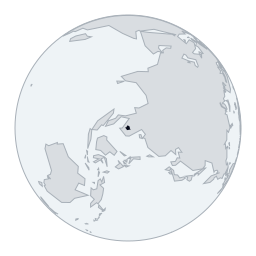 Kâmpóng Thum on an orthographic globe, rotated 90°
{"feature_id": "KHM-1788", "entity_name": "Kâmpóng Thum", "entity_type": "Province", "adm_level": 1, "iso_a3": "KHM", "parent_name": "Cambodia", "parent_adm1": "", "projection": "orthographic", "projection_center": [105.072, 12.831], "detail": "fine", "context": "on_globe", "style": "filled", "palette": "ink", "viewbox_px": 256, "rotation_deg": 90, "n_neighbors": 0, "source": "natural_earth", "source_scale": "10m", "svg_char_len": 9692}
<svg xmlns="http://www.w3.org/2000/svg" viewBox="0 0 256 256"><g transform="rotate(90 128 128)"><circle cx="128" cy="128" r="113" fill="#eef3f6" stroke="#a8b0b8"/><path d="M232.5,164.6L232.3,165.4L232.3,165.5L232.5,164.6ZM179.8,28.0L180.2,28.3L184.2,30.8L180.4,28.7L190.6,35.4L193.6,38.7L187.9,33.6L185.6,32.2L186.5,33.5L184.3,32.4L183.5,32.5L180.7,31.1L177.7,28.7L175.9,27.9L176.6,28.9L174.3,28.5L173.5,27.0L169.5,26.2L163.6,22.8L163.7,21.3L158.1,19.5L157.5,19.3L165.1,21.7L172.6,24.6L179.8,28.0ZM232.0,84.8L232.0,84.7L231.9,84.5L232.0,84.8ZM187.6,33.0L186.9,32.3L188.3,33.4L187.6,33.0ZM183.8,32.8L184.7,33.4L183.9,33.2L183.8,32.8ZM179.0,31.1L177.4,30.8L178.5,30.6L179.0,31.1ZM176.1,30.3L172.3,30.0L174.0,31.2L167.0,27.8L172.6,29.0L173.7,28.6L174.4,29.5L176.1,30.3ZM163.8,26.2L162.4,25.9L163.3,25.7L163.8,26.2ZM155.4,18.8L155.2,18.7L151.9,18.0L151.4,17.9L148.8,17.3L151.7,17.9L155.4,18.8ZM146.7,16.9L145.3,16.7L147.5,17.1L145.1,16.8L143.9,16.5L143.4,16.5L142.6,16.4L146.7,16.9ZM137.1,15.7L137.3,15.8L136.2,15.7L137.1,15.7ZM140.3,16.0L138.3,15.8L138.6,15.9L140.3,16.0ZM143.9,16.7L147.9,17.3L148.1,17.4L143.9,16.7ZM136.1,15.7L136.7,15.7L135.8,15.6L136.1,15.7ZM141.4,16.3L142.8,16.5L141.4,16.3ZM136.7,15.8L136.0,15.7L137.0,15.8L136.7,15.8ZM138.8,16.0L138.6,16.1L137.9,15.9L139.4,16.1L138.8,16.0ZM141.3,16.3L141.8,16.4L140.7,16.3L141.3,16.3ZM133.1,15.8L131.9,15.5L134.3,15.6L135.1,15.8L133.1,15.8ZM39.0,58.9L38.9,59.4L38.1,60.7L34.7,65.2L31.0,74.2L34.0,70.8L34.1,76.8L36.5,78.4L43.7,69.7L39.8,66.8L42.7,61.9L48.6,60.4L52.5,63.5L53.8,61.8L54.3,56.5L58.2,54.3L54.8,54.5L53.9,56.6L51.8,57.0L52.4,55.2L53.8,54.3L53.5,52.9L47.1,57.7L45.5,60.3L42.8,59.5L39.9,64.0L38.1,65.4L42.3,58.5L44.2,56.4L49.4,48.8L47.2,50.8L42.1,58.3L42.3,57.4L39.2,60.8L41.8,57.4L47.9,49.3L47.5,49.2L47.3,49.5L58.2,39.6L57.9,39.9L61.5,37.5L61.5,37.9L67.2,34.2L68.0,34.1L64.4,36.2L62.0,38.1L62.7,39.8L64.1,39.4L67.7,37.0L67.5,38.0L70.9,35.5L73.4,35.9L73.2,33.5L77.5,31.2L81.4,30.3L82.7,29.2L76.5,30.9L74.0,32.1L71.9,33.6L65.2,37.0L64.0,37.1L71.0,32.4L70.1,32.1L75.9,29.0L89.2,25.5L92.6,25.9L89.2,30.8L85.9,31.7L85.5,30.3L82.0,33.5L84.1,32.3L83.9,33.3L87.9,31.8L88.0,32.5L91.8,30.1L92.3,30.8L89.9,32.3L96.3,31.2L98.5,32.5L99.9,32.0L100.8,31.0L103.0,33.6L103.9,33.1L103.6,32.1L105.3,30.5L109.1,28.9L109.6,29.9L108.3,30.6L106.4,33.7L102.8,35.8L103.5,36.0L106.7,34.5L109.0,30.6L111.2,29.4L110.5,31.1L110.9,30.4L112.2,30.1L113.9,30.9L114.8,29.0L127.7,26.0L132.3,27.5L130.3,29.1L139.9,29.2L144.4,31.7L144.0,30.6L148.4,30.4L147.1,29.6L147.2,29.1L157.8,29.1L160.7,30.1L164.9,29.6L164.8,29.1L162.9,28.3L167.0,27.8L174.0,31.2L174.0,32.0L178.4,33.9L177.8,35.7L179.3,38.3L176.2,39.6L177.7,41.8L179.2,42.3L182.4,46.0L183.6,52.4L175.9,44.8L172.7,36.4L173.4,39.4L171.2,38.1L170.2,39.0L170.9,41.4L172.2,42.0L163.0,44.1L160.6,50.8L165.6,50.9L168.8,53.5L170.5,63.1L161.1,75.5L165.3,80.5L165.5,83.6L161.9,85.2L161.4,80.6L157.8,78.8L158.1,76.2L152.1,77.8L152.3,74.1L147.6,77.5L149.4,80.5L154.6,80.2L150.5,85.0L155.8,90.7L156.4,97.2L147.5,108.1L138.4,111.1L137.9,113.2L134.3,110.6L129.5,114.4L136.1,126.8L135.9,130.2L128.2,136.3L128.0,133.7L118.5,126.8L116.7,134.9L123.9,142.3L126.3,150.5L120.8,147.6L118.3,140.4L114.9,137.7L115.9,130.6L113.2,119.7L107.6,121.3L108.0,117.0L103.5,107.9L95.4,109.9L82.7,119.8L80.8,130.5L76.4,134.7L71.4,118.2L71.7,107.7L68.2,108.1L64.4,98.5L53.0,95.5L52.8,92.6L50.4,93.3L47.9,89.8L48.3,85.3L46.1,84.9L45.5,97.0L48.0,97.5L52.2,94.0L51.4,98.1L54.0,102.6L45.8,110.9L31.3,115.6L32.4,107.4L34.3,83.7L35.7,81.6L35.8,81.3L36.0,80.8L33.6,84.2L34.8,79.8L31.0,95.5L29.3,102.0L31.1,116.0L30.3,117.0L31.6,120.2L38.9,119.5L38.4,122.2L33.4,133.4L25.5,147.1L28.0,159.1L29.9,168.6L28.2,173.1L31.6,180.8L31.2,182.5L33.4,186.7L34.9,190.3L36.2,193.2L35.8,192.7L31.4,186.0L27.6,179.0L24.2,171.8L21.4,164.4L19.1,156.8L17.3,149.0L16.1,141.2L15.5,133.2L15.4,125.3L15.9,117.3L16.9,109.4L18.5,101.6L20.6,94.0L23.3,86.5L26.5,79.2L30.2,72.2L34.4,65.4L39.0,58.9ZM54.1,72.1L58.1,74.1L60.7,67.7L62.5,68.1L62.8,65.9L60.9,67.3L62.2,61.7L65.5,60.8L67.3,58.4L66.0,57.7L59.7,60.2L57.9,68.1L55.1,70.0L54.1,72.1ZM64.9,34.7L65.0,34.6L71.9,30.3L72.3,30.2L70.9,30.9L70.4,31.3L68.1,32.6L61.7,37.1L59.5,38.6L59.9,38.3L64.9,34.7ZM89.4,22.2L88.9,22.4L86.4,23.3L89.4,22.2ZM98.4,19.3L97.6,19.5L97.8,19.5L98.4,19.3ZM125.9,15.4L124.5,15.4L127.3,15.4L124.7,15.5L125.7,15.5L124.1,15.9L119.7,16.2L121.2,16.3L120.0,16.7L116.5,17.2L117.6,16.7L112.8,17.7L112.3,17.3L111.8,17.5L110.0,17.5L106.9,17.9L107.1,17.7L105.8,18.0L104.6,18.1L102.9,18.4L102.7,18.3L100.6,18.8L101.8,18.5L98.1,19.4L100.8,18.7L100.1,18.9L108.6,17.0L117.2,15.9L125.9,15.4ZM134.1,15.5L133.6,15.5L133.4,15.5L132.2,15.4L133.1,15.5L131.7,15.5L132.0,15.6L130.2,15.6L132.6,15.9L127.5,16.0L124.7,16.0L128.7,15.4L128.2,15.4L129.6,15.4L134.1,15.5ZM39.5,59.3L39.3,59.9L39.5,60.2L37.6,62.5L39.5,59.3ZM43.5,53.7L41.1,56.8L41.3,56.4L43.5,53.7ZM46.0,51.3L43.9,53.5L45.2,52.0L46.0,51.3ZM64.8,36.2L65.3,36.2L64.4,36.8L63.2,37.5L64.8,36.2ZM102.3,21.3L103.4,20.7L104.1,20.6L107.8,19.6L108.5,20.0L106.6,20.7L102.3,21.3ZM41.7,70.7L39.7,72.0L40.0,70.9L40.6,70.7L41.7,70.7ZM37.6,67.0L37.5,68.9L37.0,67.6L37.6,67.0ZM103.7,21.5L105.2,21.0L104.6,21.5L103.7,21.5ZM109.3,20.2L109.0,20.7L109.1,19.9L109.3,20.2ZM84.1,223.8L86.4,225.1L84.9,224.9L84.1,223.8ZM39.4,170.8L41.4,186.3L38.7,185.4L36.0,180.2L33.7,170.5L36.2,168.7L36.8,164.6L39.4,170.8ZM154.7,170.2L158.0,170.7L157.9,171.2L154.7,170.2ZM151.2,168.4L155.0,168.6L150.5,169.4L151.2,168.4ZM156.5,168.7L160.5,167.8L162.1,167.0L161.8,168.1L156.5,168.7ZM148.6,168.3L134.2,167.6L128.6,165.9L129.9,164.2L139.1,165.1L148.6,168.3ZM129.5,164.1L120.8,158.3L109.0,142.0L113.2,142.6L125.6,152.8L124.8,154.4L130.0,158.8L129.5,164.1ZM150.4,155.4L149.6,160.2L141.7,159.4L138.1,158.5L135.6,152.2L137.0,149.1L140.0,149.3L151.4,139.0L155.3,141.8L151.8,146.2L155.1,150.5L150.4,155.4ZM81.2,131.6L83.5,138.4L81.1,139.2L81.2,131.6ZM155.9,131.7L151.4,136.2L155.5,130.1L155.9,131.7ZM158.4,125.9L158.7,128.3L156.8,125.9L158.4,125.9ZM137.8,116.4L134.7,116.8L134.6,115.1L138.5,113.7L137.8,116.4ZM156.8,102.8L156.8,107.6L156.2,109.2L154.8,106.3L156.8,102.8ZM111.9,26.1L105.9,26.9L102.0,28.2L100.6,29.9L100.0,28.1L106.0,26.1L111.9,26.1ZM125.7,25.8L126.9,24.7L128.1,25.2L128.0,25.5L125.7,25.8ZM125.2,25.1L123.5,23.8L125.3,23.2L126.3,24.3L125.2,25.1ZM113.4,22.0L111.5,22.2L112.0,21.7L113.4,22.0ZM206.3,207.4L206.5,207.8L203.3,210.8L199.3,214.1L196.6,215.5L206.3,207.4ZM181.5,217.4L182.5,214.2L186.3,213.7L183.8,216.6L181.5,217.4ZM209.0,204.9L211.9,201.6L214.1,197.9L212.4,201.1L213.4,200.8L207.1,207.4L209.0,204.9ZM170.5,204.5L148.7,211.0L144.1,210.1L145.7,207.3L142.5,198.6L144.1,198.8L143.7,192.8L156.8,187.7L166.4,177.7L173.2,178.3L178.7,171.0L185.5,171.5L183.1,177.3L189.8,180.9L195.3,167.8L198.3,181.4L202.5,186.0L202.4,194.4L191.2,208.8L185.7,211.8L185.1,210.6L182.7,212.1L179.6,211.7L178.8,207.3L176.4,208.8L179.1,205.3L175.5,208.4L174.3,205.6L170.5,204.5ZM218.6,177.9L219.3,178.1L220.2,180.3L219.0,180.1L218.6,177.9ZM230.6,167.9L230.6,169.0L230.0,169.5L230.6,167.9ZM232.3,165.5L231.5,166.2L232.5,164.6L232.3,165.5ZM223.8,169.3L224.1,170.1L223.7,170.5L223.8,169.3ZM223.5,169.1L224.1,167.6L223.9,169.0L223.5,169.1ZM220.4,162.1L220.9,161.4L221.1,161.9L220.4,162.1ZM163.0,170.9L167.7,167.2L170.2,166.9L163.0,170.9ZM219.8,160.7L218.5,160.7L218.7,159.9L219.8,160.7ZM219.9,158.9L219.9,157.9L220.5,160.3L219.9,158.9ZM217.6,156.8L219.1,158.5L217.4,157.1L217.6,156.8ZM216.6,157.2L215.4,156.4L215.5,156.1L216.6,157.2ZM202.7,159.3L207.1,165.4L203.4,165.4L199.3,161.7L195.8,165.4L187.9,164.9L189.8,162.7L188.8,159.2L180.6,157.9L178.9,155.7L181.9,154.2L176.4,152.4L182.5,151.4L184.9,156.0L188.3,152.4L194.0,153.2L199.5,154.7L203.8,158.0L202.7,159.3ZM182.4,161.5L183.4,161.5L182.4,162.9L182.4,161.5ZM213.2,154.0L214.9,156.2L214.7,156.7L213.8,156.4L213.2,154.0ZM204.8,157.1L209.4,153.2L210.5,153.2L207.4,157.6L204.8,157.1ZM208.4,150.7L210.5,151.2L211.5,153.3L211.1,153.9L208.4,150.7ZM170.0,157.2L169.7,158.4L168.2,157.4L170.0,157.2ZM172.1,156.4L176.8,157.9L171.6,157.5L172.1,156.4ZM157.4,151.7L158.8,154.8L163.3,152.9L159.9,155.6L162.9,160.7L161.8,162.5L158.8,157.1L157.7,162.6L155.7,162.4L154.6,157.6L156.7,151.9L158.7,149.6L166.8,148.8L157.4,151.7ZM172.1,152.7L170.8,149.2L171.7,146.9L173.1,148.7L172.1,152.7ZM166.9,140.7L163.5,136.5L160.4,138.0L166.6,132.5L168.9,137.4L166.9,140.7ZM163.9,131.7L161.0,133.0L164.0,129.8L163.9,131.7ZM160.3,131.6L159.9,128.8L162.2,129.2L160.3,131.6ZM165.4,131.9L165.9,127.1L167.1,129.9L165.4,131.9ZM158.8,122.5L163.8,127.2L157.3,125.1L156.8,116.0L159.5,115.9L158.8,122.5ZM172.4,87.3L171.6,84.8L174.0,84.4L173.9,86.1L172.4,87.3ZM181.1,81.5L174.4,83.5L168.9,85.4L170.7,86.6L169.7,90.7L166.8,86.8L170.4,82.4L174.7,81.7L175.0,78.4L177.9,76.3L176.9,72.2L178.0,70.5L180.3,74.1L181.1,81.5ZM176.2,70.5L175.4,63.6L180.0,64.8L181.2,66.6L179.7,69.1L177.3,68.3L176.2,70.5ZM176.5,62.4L174.2,61.6L168.1,51.9L168.0,50.3L175.1,57.8L173.3,57.6L174.0,59.9L176.5,62.4ZM163.0,26.4L162.5,25.9L163.7,26.4L163.0,26.4ZM146.4,28.6L146.8,28.1L148.3,28.5L146.4,28.6ZM148.8,26.8L146.9,26.7L148.7,26.4L148.8,26.8ZM142.7,26.6L146.1,26.4L143.1,27.2L142.7,26.6Z" fill="#d9dde1" stroke="#a8b0b8" stroke-width="1"/><path d="M126.7,128.5L126.4,128.3L126.3,128.2L126.5,128.0L126.5,127.9L126.7,127.7L126.8,127.6L126.8,127.4L126.9,127.2L127.0,127.2L127.3,127.0L127.5,127.0L127.6,127.3L127.9,127.4L128.0,127.3L128.2,127.2L128.6,126.9L128.9,126.7L128.9,126.9L128.9,127.0L129.0,127.1L129.0,127.4L129.1,127.5L129.1,127.8L129.2,128.0L129.3,128.4L129.3,128.6L128.9,128.7L128.7,128.7L128.6,128.9L128.4,128.9L128.2,128.9L128.2,129.0L128.3,129.2L128.2,129.3L128.2,129.2L127.9,129.2L127.7,129.1L127.7,128.9L127.6,128.7L127.4,128.6L127.2,128.5L126.9,128.6L126.7,128.5Z" fill="#0f172a" stroke="#020617" stroke-width="1.5"/></g></svg>